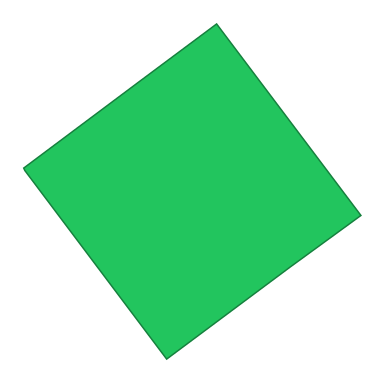 outline of Russell, Kansas, United States of America, rotated 233°
{"feature_id": "52423323B78124192101177", "entity_name": "Russell", "entity_type": "district", "adm_level": 2, "iso_a3": "USA", "parent_name": "United States of America", "parent_adm1": "Kansas", "projection": "mercator", "projection_center": [-98.732, 38.915], "detail": "fine", "context": "isolated", "style": "filled", "palette": "green", "viewbox_px": 384, "rotation_deg": 233, "n_neighbors": 0, "source": "geoboundaries", "source_scale": "gbopen_adm2", "svg_char_len": 271}
<svg xmlns="http://www.w3.org/2000/svg" viewBox="0 0 384 384"><g transform="rotate(233 192 192)"><path d="M309.7,71.4L73.8,71.2L73.0,224.8L71.6,312.8L75.7,312.8L311.4,312.8L311.9,216.6L312.4,72.0L309.7,71.4Z" fill="#22c55e" stroke="#15803d" stroke-width="1.5"/></g></svg>